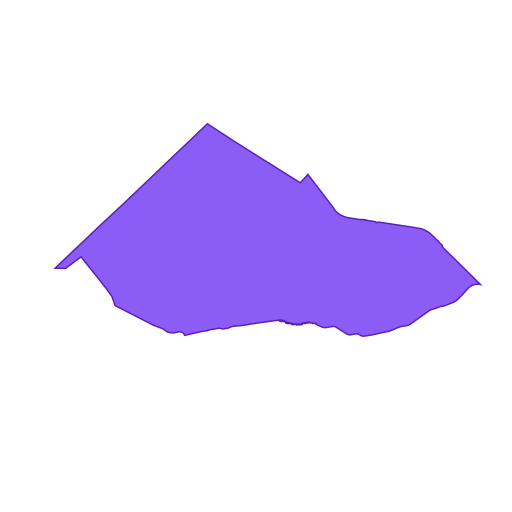 outline of Asten, Noord-Brabant, Netherlands, rotated 150°
{"feature_id": "6326949B72042777534396", "entity_name": "Asten", "entity_type": "district", "adm_level": 2, "iso_a3": "NLD", "parent_name": "Netherlands", "parent_adm1": "Noord-Brabant", "projection": "natural_earth1", "projection_center": [5.775, 51.387], "detail": "fine", "context": "isolated", "style": "filled", "palette": "violet", "viewbox_px": 512, "rotation_deg": 150, "n_neighbors": 0, "source": "geoboundaries", "source_scale": "gbopen_adm2", "svg_char_len": 5239}
<svg xmlns="http://www.w3.org/2000/svg" viewBox="0 0 512 512"><g transform="rotate(150 256 256)"><path d="M232.0,394.8L341.4,368.3L374.4,360.7L422.0,349.3L436.0,345.9L435.3,345.4L427.3,340.6L427.1,340.4L426.5,340.6L416.9,341.7L407.9,342.7L406.0,329.6L403.9,316.1L402.4,305.4L401.8,300.9L401.0,293.1L402.8,283.4L398.6,277.0L393.8,269.6L379.5,247.4L373.2,239.7L372.5,238.5L371.5,236.0L371.2,235.3L370.4,234.2L369.7,233.4L368.7,232.5L367.8,231.8L366.7,231.1L365.6,230.5L364.7,230.2L361.6,229.2L360.4,228.7L359.7,228.3L359.1,227.8L358.7,227.5L358.2,227.0L357.8,226.3L357.7,226.0L357.5,225.3L357.4,224.9L357.4,222.9L346.0,219.4L336.6,216.4L336.6,216.0L335.0,215.5L334.9,215.7L334.8,215.8L334.6,215.7L330.8,214.4L324.3,212.0L323.6,211.7L321.7,209.7L321.2,209.4L316.3,207.5L311.9,206.9L310.2,206.2L303.6,203.1L301.0,202.0L293.3,199.2L291.2,198.3L290.3,198.0L290.1,197.8L289.8,197.7L289.3,197.6L272.3,190.7L269.5,189.5L268.9,189.3L267.6,188.8L267.6,188.7L267.1,188.4L267.7,188.3L267.8,188.3L267.8,188.2L267.5,187.9L267.6,187.7L267.9,187.8L268.0,187.8L268.1,187.7L267.5,187.3L267.5,187.2L267.4,187.0L267.2,186.8L266.8,186.6L266.6,186.5L266.1,186.8L265.9,186.8L265.9,186.2L265.2,186.2L265.1,186.8L264.8,186.4L264.7,186.2L264.2,186.3L263.9,186.0L263.9,185.9L264.3,185.6L264.7,185.8L264.8,185.7L264.9,185.4L264.8,185.1L264.6,185.0L264.0,185.1L263.0,184.4L262.9,184.3L262.9,184.2L263.1,183.7L263.5,183.6L263.6,183.4L263.8,183.1L263.4,182.8L263.0,182.1L262.9,182.0L262.7,182.4L262.5,182.5L262.4,182.6L262.2,182.7L262.2,182.3L262.1,182.0L261.9,181.8L261.8,182.1L261.6,182.2L261.5,182.3L261.4,182.2L261.6,181.6L261.7,181.2L261.4,181.0L261.0,181.2L260.9,181.3L260.7,181.6L260.3,181.5L260.4,181.1L259.8,180.3L259.8,180.2L260.0,180.1L259.9,179.9L259.6,179.8L259.5,179.7L259.4,179.8L259.3,180.0L259.2,180.1L258.7,180.1L258.6,179.8L258.7,179.6L258.8,179.5L258.8,179.4L258.3,179.0L258.5,178.9L259.1,178.9L259.1,178.7L258.9,178.5L258.7,178.4L258.2,178.5L257.5,178.4L257.3,178.3L257.3,178.2L257.5,178.0L257.6,177.9L257.7,177.7L257.2,177.6L256.8,177.8L256.7,177.8L256.6,177.7L256.5,177.4L256.4,177.3L256.1,177.4L255.9,177.5L255.7,177.7L255.4,177.6L255.7,177.1L255.9,176.9L255.6,176.6L255.5,176.3L255.4,176.3L255.2,176.3L255.1,176.6L254.8,176.6L254.7,176.5L254.8,176.3L255.1,176.0L255.1,175.9L254.7,175.9L254.2,175.8L254.1,175.7L254.0,175.3L253.8,175.2L253.6,175.2L253.4,175.3L253.1,175.8L252.9,175.9L252.8,175.7L252.8,175.4L253.0,175.3L253.1,175.1L252.9,174.8L252.5,174.4L252.3,174.2L252.1,174.2L251.9,174.2L251.7,174.5L251.4,174.7L251.2,174.7L251.3,174.5L251.3,174.4L251.2,174.4L250.9,174.8L250.7,175.0L250.6,174.9L250.5,174.6L250.7,174.4L250.8,174.1L251.0,173.8L250.9,173.7L250.1,173.7L249.9,173.7L249.8,173.8L250.0,174.1L249.9,174.2L249.7,174.3L249.4,174.5L249.3,174.4L249.4,174.1L249.3,173.9L249.2,173.9L249.1,174.0L248.7,174.4L248.4,174.3L248.3,173.8L248.2,173.8L248.0,174.1L248.0,174.3L247.9,174.3L247.8,174.2L247.7,174.1L247.3,173.8L247.2,173.7L247.4,173.5L247.5,173.4L247.4,173.1L247.1,173.4L246.9,173.4L246.9,172.9L246.7,172.8L246.2,172.7L245.8,172.8L245.6,172.9L245.6,173.1L245.4,173.2L244.6,172.5L244.6,172.4L244.8,172.2L244.7,172.0L244.4,172.1L244.2,172.4L243.9,172.6L243.7,172.7L243.4,172.6L243.6,172.3L243.6,172.1L243.5,171.9L243.3,171.6L243.1,171.5L242.5,171.2L242.5,170.9L242.4,170.8L242.2,170.6L241.2,170.3L241.1,170.2L240.7,169.6L240.6,169.4L240.6,169.2L240.1,169.2L239.9,169.1L239.6,168.7L239.2,168.5L239.0,168.2L238.7,168.0L238.3,167.9L237.7,167.9L237.6,167.7L237.9,167.5L238.0,167.2L238.0,166.9L238.0,166.6L234.1,161.1L233.5,160.5L233.0,160.1L232.1,159.5L231.3,159.1L230.7,158.8L225.2,156.8L224.7,156.6L223.9,156.1L223.5,155.8L222.9,155.3L222.5,154.8L222.3,154.5L216.4,143.0L215.8,142.2L215.4,141.8L215.0,141.4L214.5,141.0L213.6,140.5L208.7,138.7L208.2,138.5L207.2,137.8L206.7,137.4L206.2,136.8L205.8,136.2L205.2,135.0L204.7,134.3L203.8,133.4L203.1,132.9L201.9,132.3L196.5,130.2L195.7,129.9L191.9,128.7L178.0,124.2L177.0,124.0L176.1,123.9L168.4,123.0L167.6,122.8L166.2,122.5L159.6,120.1L158.8,119.9L157.7,119.8L156.1,119.8L133.8,122.0L132.7,122.0L131.8,122.0L130.9,121.9L129.6,121.6L128.2,121.2L126.9,120.9L125.9,120.7L122.2,120.2L121.4,120.0L119.3,119.1L118.6,118.8L117.6,118.6L107.9,117.2L107.1,117.2L105.2,117.2L103.7,117.4L102.9,117.6L101.1,118.0L87.8,122.1L86.3,122.4L84.8,122.5L83.8,122.5L82.8,122.3L81.6,122.1L80.6,121.8L77.5,120.4L76.7,120.0L76.0,119.3L77.1,123.3L77.5,125.0L88.2,163.7L89.9,169.9L89.9,170.3L89.5,171.8L89.5,172.4L90.6,176.4L90.6,177.6L90.7,177.9L90.9,177.9L91.2,179.0L91.1,179.3L91.6,180.3L94.1,189.1L94.6,190.1L95.7,192.2L96.1,192.9L96.6,193.7L97.8,195.3L98.6,196.2L99.6,197.3L101.5,198.9L102.9,200.0L103.4,200.5L105.3,202.1L132.9,224.1L133.2,224.2L134.0,224.3L134.6,224.5L134.9,224.7L135.2,225.1L135.3,225.9L141.5,230.9L143.0,232.2L142.8,232.3L143.0,232.5L143.6,232.8L144.1,233.3L144.3,233.6L144.6,233.6L146.8,235.2L147.4,235.3L157.1,243.1L158.5,244.5L159.6,245.6L160.5,246.8L161.4,248.0L161.9,248.8L162.7,250.1L163.5,251.8L163.8,252.7L164.3,254.0L164.6,255.4L164.8,256.3L165.0,257.9L164.8,258.4L164.8,258.7L170.3,300.8L171.1,300.7L171.1,300.4L171.4,300.2L175.6,299.0L181.0,297.3L191.5,316.9L197.7,328.7L203.9,340.3L207.6,347.4L218.3,367.7L232.0,394.8Z" fill="#8b5cf6" stroke="#5b21b6" stroke-width="1.5"/></g></svg>